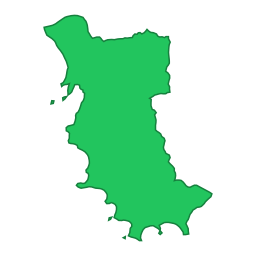 Porto Alegre, Rio Grande do Sul, Brazil
{"feature_id": "56859067B13821039974926", "entity_name": "Porto Alegre", "entity_type": "district", "adm_level": 2, "iso_a3": "BRA", "parent_name": "Brazil", "parent_adm1": "Rio Grande do Sul", "projection": "albers", "projection_center": [-51.167, -30.1], "detail": "fine", "context": "isolated", "style": "filled", "palette": "green", "viewbox_px": 256, "rotation_deg": 0, "n_neighbors": 0, "source": "geoboundaries", "source_scale": "gbopen_adm2", "svg_char_len": 4151}
<svg xmlns="http://www.w3.org/2000/svg" viewBox="0 0 256 256"><path d="M170.2,42.1L168.5,38.8L168.4,36.6L166.0,36.6L164.5,37.6L162.1,36.8L159.5,37.0L157.7,36.1L156.5,34.0L153.4,32.7L150.7,32.4L148.6,31.0L147.0,29.4L145.6,31.3L144.0,32.9L141.8,33.9L140.0,32.6L138.3,32.8L137.0,34.3L134.9,34.0L133.1,35.7L132.4,37.5L130.1,37.7L127.3,38.1L124.9,37.9L123.0,38.7L119.9,38.8L117.7,39.0L114.4,39.7L111.8,39.5L109.9,39.6L107.6,39.8L105.4,40.6L103.8,41.5L102.0,40.0L101.0,38.5L99.6,37.1L96.7,37.1L92.5,38.3L90.8,36.3L89.2,33.5L88.0,31.6L87.8,29.1L87.3,25.3L86.6,23.0L85.9,21.2L84.6,19.7L83.0,17.4L79.7,16.3L77.5,15.6L74.4,15.4L71.2,15.7L67.1,16.6L65.0,17.3L62.0,19.3L57.5,22.4L55.7,23.8L52.6,25.3L49.4,26.1L46.3,26.8L44.1,27.3L44.5,29.4L45.7,32.5L46.9,35.2L49.6,37.0L52.0,38.6L54.6,41.0L55.6,42.7L56.7,45.5L58.5,48.2L60.4,50.5L62.9,54.1L64.5,57.6L66.3,61.3L67.1,63.8L68.2,67.6L67.4,69.5L67.0,71.5L66.6,74.1L65.9,77.6L64.4,80.6L63.1,82.7L61.0,83.8L61.7,86.5L63.2,85.2L65.0,84.6L67.2,84.4L69.4,83.6L68.3,87.1L67.8,90.5L68.0,93.0L68.0,95.0L70.3,93.4L71.8,91.8L72.6,89.7L73.8,87.2L74.7,84.7L77.7,84.5L79.5,85.2L79.9,88.0L81.2,89.4L82.9,90.0L83.0,92.0L84.6,93.3L84.4,95.3L84.3,97.8L83.3,100.6L81.5,102.9L80.5,106.4L79.3,109.8L78.0,112.2L76.3,113.4L75.6,115.5L75.8,117.8L75.1,121.2L73.8,124.6L70.5,125.5L68.2,126.0L66.2,127.7L66.3,130.8L68.2,131.8L69.5,133.3L69.3,135.2L69.3,138.3L68.3,140.7L68.9,142.9L70.7,143.5L73.0,143.7L75.0,144.2L77.3,145.4L77.8,147.8L79.6,148.9L81.6,149.8L83.3,150.7L85.2,152.0L87.5,154.7L88.5,156.7L89.3,160.6L89.4,163.3L88.9,165.2L87.9,167.9L86.0,170.1L86.3,172.3L88.2,173.4L88.7,175.3L88.4,177.4L87.8,179.7L86.2,181.8L84.8,183.2L83.0,183.5L80.7,183.0L77.8,183.5L76.4,185.3L77.8,186.8L79.4,187.6L81.1,188.2L83.4,187.8L86.5,187.3L89.0,186.7L91.6,186.9L93.8,187.6L95.5,188.1L97.5,188.3L99.6,188.5L101.5,188.9L104.1,190.2L106.0,192.4L107.2,194.6L107.2,196.6L106.8,199.1L105.1,201.3L106.7,203.6L109.3,203.5L111.2,202.6L113.1,203.2L115.2,204.4L116.5,206.7L116.5,209.6L115.9,212.5L114.9,214.8L114.1,217.6L116.7,219.0L118.7,220.4L121.7,220.5L123.4,220.1L125.2,220.3L127.4,220.8L129.2,221.4L130.6,222.6L131.7,224.1L131.8,226.4L130.3,228.3L129.8,232.7L128.4,235.8L131.1,237.0L133.2,237.5L135.6,238.2L137.6,239.3L139.4,240.6L141.5,240.6L140.5,238.0L140.8,235.1L141.9,232.1L143.2,229.5L145.2,227.5L147.8,226.7L150.6,225.8L153.3,225.7L154.8,226.6L156.6,227.6L158.5,228.8L160.1,230.6L160.4,228.3L159.2,225.3L162.3,223.6L164.2,222.6L166.1,222.4L168.5,222.4L170.2,222.7L172.3,223.1L174.1,223.5L175.7,224.1L177.4,225.2L179.7,227.2L181.5,229.7L183.2,232.2L183.5,234.6L185.5,234.6L188.7,234.0L188.3,231.2L188.2,228.7L187.0,225.9L185.9,223.7L186.9,221.3L188.2,219.5L189.0,217.3L190.0,214.4L191.7,212.2L193.0,210.0L195.0,208.8L197.1,207.3L199.6,207.0L201.3,206.4L202.7,205.1L204.3,203.5L205.3,201.9L207.3,199.9L208.8,198.5L210.9,196.7L211.9,193.8L209.5,192.2L200.7,187.5L199.2,186.7L196.7,185.3L194.4,185.2L191.8,186.4L190.1,187.3L187.9,187.0L186.0,185.7L184.7,183.9L183.1,182.0L181.1,180.4L179.3,180.1L176.4,180.1L174.4,180.6L175.1,178.7L175.6,175.8L175.4,173.1L174.3,171.0L174.3,168.4L172.6,166.2L169.9,163.6L168.4,161.9L169.0,159.9L170.1,157.6L169.3,155.1L167.5,154.2L165.9,153.4L165.1,151.5L163.8,149.5L163.4,147.1L164.0,144.8L164.4,142.6L165.0,140.8L164.2,138.3L161.7,136.5L160.7,134.0L158.8,132.4L157.1,131.4L155.5,129.9L155.5,127.4L155.5,125.2L155.9,122.6L156.0,120.0L155.5,118.0L154.6,114.8L156.2,112.7L154.4,110.2L152.2,109.4L151.0,105.7L151.0,102.8L151.2,99.4L149.6,98.3L151.1,97.4L152.8,96.5L154.6,95.1L156.9,94.5L158.9,93.9L160.9,93.5L163.7,93.8L165.8,93.7L167.3,92.6L169.9,92.2L169.5,89.0L169.6,86.8L168.2,84.1L168.9,80.8L169.7,78.1L169.6,75.4L167.9,72.9L165.7,71.3L166.2,69.1L166.8,66.9L168.3,65.0L169.3,63.2L169.3,60.9L169.1,58.7L168.7,54.9L168.5,52.4L168.7,49.2L168.9,46.7L169.2,44.7L170.2,42.1ZM64.9,98.9L66.7,96.5L64.2,97.0L62.7,97.8L63.0,100.4L64.9,98.9ZM160.1,230.6L158.8,233.3L160.2,234.5L162.0,232.9L160.1,230.6ZM53.3,103.4L53.9,100.9L51.8,100.7L51.0,103.9L53.3,103.4ZM110.5,219.3L111.7,217.2L109.2,217.8L108.7,220.2L110.5,219.3ZM125.3,236.6L123.3,237.7L125.1,238.6L125.3,236.6Z" fill="#22c55e" stroke="#15803d" stroke-width="1.5"/></svg>